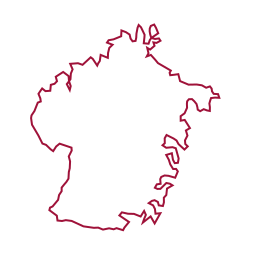 outline of Tuparendi, Rio Grande do Sul, Brazil, rotated 82°
{"feature_id": "56859067B53312005117926", "entity_name": "Tuparendi", "entity_type": "district", "adm_level": 2, "iso_a3": "BRA", "parent_name": "Brazil", "parent_adm1": "Rio Grande do Sul", "projection": "mercator", "projection_center": [-54.564, -27.693], "detail": "fine", "context": "isolated", "style": "outline", "palette": "rose", "viewbox_px": 256, "rotation_deg": 82, "n_neighbors": 0, "source": "geoboundaries", "source_scale": "gbopen_adm2", "svg_char_len": 2708}
<svg xmlns="http://www.w3.org/2000/svg" viewBox="0 0 256 256"><g transform="rotate(82 128 128)"><path d="M36.2,122.0L38.2,130.0L38.4,135.0L40.5,136.9L43.4,131.7L46.1,135.4L50.9,137.3L55.7,138.2L51.8,144.9L57.7,146.6L59.8,148.5L61.9,149.8L54.6,153.3L52.8,155.1L59.1,164.2L56.9,168.5L56.4,176.3L62.2,174.7L66.1,177.0L71.7,178.2L73.5,179.9L68.3,179.6L63.5,184.4L67.2,192.4L71.8,191.8L74.0,194.6L74.5,198.4L80.3,199.8L80.0,204.6L76.9,207.5L78.9,209.4L81.7,211.9L86.4,210.7L89.6,210.7L90.3,213.8L98.2,218.3L102.1,221.8L104.7,222.6L111.4,222.6L122.9,217.8L131.5,214.9L133.3,211.5L138.3,207.6L140.5,205.3L136.3,201.7L134.0,197.9L139.6,186.7L142.5,186.9L147.9,190.6L153.0,190.0L159.8,191.3L163.3,192.7L169.9,194.0L172.9,196.6L174.9,198.9L177.8,202.0L181.3,202.5L184.8,205.6L189.4,207.2L195.2,213.6L196.0,216.3L198.4,217.3L204.9,210.7L209.8,210.7L210.9,206.3L210.6,202.4L212.2,196.7L219.2,185.8L222.1,175.7L222.5,171.4L225.1,166.9L224.7,160.7L226.3,156.3L225.6,153.3L228.5,147.1L226.1,145.4L221.2,140.1L213.4,148.7L210.7,145.8L212.9,139.9L213.9,134.0L217.4,127.8L212.4,123.6L216.5,122.4L220.3,124.7L223.7,126.4L218.7,117.9L226.2,114.9L216.9,107.8L216.7,112.7L211.9,112.6L208.1,113.9L205.3,117.9L203.5,114.4L203.2,111.7L205.4,108.7L208.9,108.3L210.1,104.3L206.7,102.8L202.0,102.2L199.7,99.4L193.4,97.8L191.0,91.9L189.0,94.3L187.8,97.7L192.8,104.4L192.4,107.4L190.9,109.7L187.8,107.3L187.8,103.5L183.1,103.2L181.1,101.9L180.1,98.4L181.0,94.5L183.8,88.2L177.9,84.7L175.2,86.1L174.9,89.0L169.9,91.2L165.1,92.0L160.0,93.9L159.1,88.1L165.7,87.9L169.3,86.6L169.4,83.4L165.2,82.1L154.7,83.5L153.2,86.6L152.9,92.9L149.9,96.2L148.2,93.7L143.3,93.1L140.3,90.8L144.7,84.4L147.1,81.7L151.0,80.2L157.2,75.1L154.5,71.4L151.8,73.5L148.2,73.3L143.8,70.2L138.5,71.0L136.7,66.7L127.9,70.7L128.1,74.8L123.6,74.2L121.3,69.9L116.2,66.7L112.2,66.3L109.8,65.7L108.0,63.7L108.3,60.6L110.8,58.6L113.8,56.8L117.1,56.4L119.5,56.4L121.4,54.2L119.9,50.4L121.6,47.3L122.5,44.6L118.7,44.0L115.0,44.0L112.5,42.9L109.9,41.6L110.0,37.5L110.8,33.4L107.0,34.1L106.1,38.4L103.4,39.7L100.6,39.7L98.2,41.1L99.0,45.0L96.0,48.9L94.5,53.9L93.5,62.0L88.8,69.9L81.7,70.7L81.7,75.2L81.6,78.8L79.1,79.1L77.1,77.6L67.9,89.3L64.3,91.5L58.8,95.2L59.7,99.4L56.8,97.3L51.3,97.8L53.4,95.2L50.3,90.3L46.8,90.9L47.7,87.9L46.1,83.7L43.6,84.9L43.6,88.8L42.1,92.4L44.0,94.2L47.4,95.9L46.3,100.6L40.4,99.1L38.0,98.6L33.5,100.0L30.1,101.1L27.5,103.1L30.1,104.6L32.5,105.4L35.7,106.5L39.8,107.3L42.8,108.4L42.8,111.4L39.8,113.0L35.7,113.4L32.8,116.7L30.5,120.9L36.2,122.0ZM73.5,179.9L78.5,178.9L82.3,180.4L76.0,182.5L73.5,179.9ZM42.1,92.4L38.4,84.9L32.8,86.3L29.2,87.7L30.1,91.2L32.5,92.6L35.2,93.1L38.4,93.0L42.1,92.4Z" fill="none" stroke="#9f1239" stroke-width="2"/></g></svg>